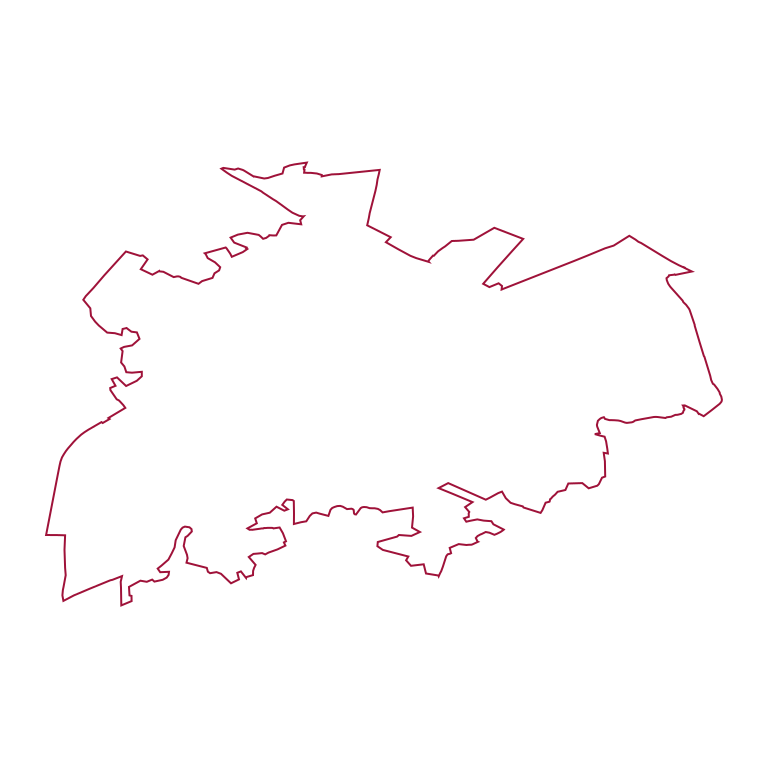 the district of Lazdonas pag., Madona, Latvia
{"feature_id": "27541924B23480282117113", "entity_name": "Lazdonas pag.", "entity_type": "district", "adm_level": 2, "iso_a3": "LVA", "parent_name": "Latvia", "parent_adm1": "Madona", "projection": "equal_earth", "projection_center": [26.196, 56.824], "detail": "fine", "context": "isolated", "style": "outline", "palette": "rose", "viewbox_px": 768, "rotation_deg": 0, "n_neighbors": 0, "source": "geoboundaries", "source_scale": "gbopen_adm2", "svg_char_len": 6096}
<svg xmlns="http://www.w3.org/2000/svg" viewBox="0 0 768 768"><path d="M691.9,271.5L684.7,268.0L684.8,267.7L683.6,267.1L683.4,267.3L678.8,265.2L671.0,261.1L662.4,256.0L641.1,243.0L638.4,241.8L635.5,239.6L629.3,235.8L613.7,245.6L605.1,248.3L587.2,255.7L574.3,260.9L501.6,289.5L502.0,286.0L498.6,283.3L489.4,287.1L483.2,283.8L497.6,267.3L512.1,251.1L523.2,238.9L494.3,227.8L473.7,239.7L458.3,240.8L451.8,241.0L445.1,246.4L442.5,248.1L438.1,251.3L433.8,255.8L433.0,255.6L429.8,259.2L428.2,261.2L428.8,261.9L416.2,258.1L410.4,255.8L398.2,249.2L385.9,242.2L390.7,237.2L367.2,225.3L368.8,218.2L369.7,213.1L375.4,191.0L376.7,184.9L377.5,179.4L378.8,174.2L379.7,169.9L338.9,174.1L331.7,174.4L321.7,176.4L321.8,175.0L316.9,173.5L311.2,172.9L307.6,172.9L306.8,172.8L304.1,172.7L304.5,169.8L303.9,169.5L303.7,167.2L304.9,167.2L305.4,165.7L306.8,162.6L294.5,164.4L289.8,165.4L284.1,167.6L282.5,173.5L274.8,175.7L267.9,178.0L264.2,178.5L254.1,176.4L253.8,176.6L244.1,170.6L242.7,169.9L238.1,168.5L234.7,169.6L223.3,167.9L221.4,168.7L226.8,172.6L231.7,175.8L261.3,191.3L263.2,192.8L272.8,199.1L276.0,201.0L288.0,209.7L292.4,212.7L299.2,215.8L303.0,216.4L303.7,216.3L300.2,220.2L301.2,224.3L288.4,222.8L282.0,224.9L276.3,235.4L273.4,235.5L269.4,235.2L269.3,235.6L266.2,237.9L263.1,238.8L260.6,236.4L258.7,234.9L247.5,232.8L237.9,234.6L230.6,237.6L234.2,242.6L246.6,247.5L246.1,248.2L247.3,249.0L242.8,252.1L231.8,256.8L230.2,253.6L226.6,248.4L225.7,247.5L204.8,253.3L205.7,254.1L207.7,258.1L215.0,262.3L220.2,267.2L219.1,270.4L214.5,273.3L212.5,277.9L202.1,281.1L198.5,283.8L181.3,277.8L180.4,276.9L178.6,276.4L177.0,276.4L173.7,277.1L163.4,271.8L159.0,271.3L159.0,271.1L152.4,274.7L140.8,269.2L147.6,259.4L142.8,255.4L140.1,255.9L125.9,251.5L104.3,275.3L93.4,288.0L85.8,296.1L83.3,299.8L90.3,308.3L91.0,316.0L95.1,321.6L98.8,325.5L107.2,332.6L114.9,333.2L121.6,335.1L122.6,329.0L126.5,328.0L131.4,331.7L136.9,332.4L139.5,338.9L132.1,345.4L124.1,346.9L120.7,348.5L122.6,351.1L121.1,362.5L124.4,366.5L126.3,372.2L132.0,372.7L141.8,371.8L141.8,376.3L136.8,380.8L126.1,386.0L117.0,377.4L111.7,379.1L115.5,385.8L110.2,388.0L110.4,390.1L116.7,399.3L118.9,400.4L120.0,401.5L123.4,405.2L125.3,407.9L108.4,418.0L109.6,419.0L102.7,423.0L101.5,422.1L88.4,429.7L84.5,432.2L81.1,434.7L76.5,438.9L73.7,441.8L67.9,448.5L65.9,451.1L63.8,454.3L62.0,457.4L60.5,461.5L59.5,465.9L57.4,476.6L46.1,535.0L58.0,535.1L65.1,535.3L64.5,549.8L65.1,567.8L65.7,575.2L63.5,587.1L62.9,589.9L62.4,595.3L63.4,600.9L73.9,595.4L90.0,588.6L110.3,580.3L112.5,579.8L122.0,576.1L120.7,581.8L121.0,587.7L121.3,605.4L131.6,601.1L131.5,595.9L129.5,595.4L129.0,586.9L140.4,580.7L146.8,581.8L152.2,579.6L154.4,581.6L162.7,579.8L166.7,577.6L168.6,574.9L169.0,571.8L160.2,572.2L157.7,568.6L161.5,565.6L168.4,559.6L171.7,553.4L174.6,547.4L175.7,540.2L180.8,529.6L182.6,527.6L184.9,526.6L189.5,527.3L191.5,529.1L191.8,531.5L187.6,535.9L185.4,537.3L183.7,546.0L187.0,554.8L187.6,558.2L186.5,562.7L206.8,567.9L207.9,571.7L210.1,573.2L216.5,572.1L221.0,573.8L231.0,583.3L239.0,579.4L237.3,572.8L240.9,571.4L246.1,578.0L246.3,577.1L253.0,575.1L253.1,570.9L254.1,567.9L255.6,564.9L248.8,557.0L253.4,553.9L257.2,553.6L262.1,553.1L265.2,554.4L268.5,552.6L277.5,549.4L285.4,545.6L283.9,542.4L286.0,541.3L282.9,533.2L279.6,527.5L273.4,528.4L273.1,528.1L272.2,527.9L267.3,527.9L264.9,528.1L264.7,528.0L263.8,528.1L263.4,528.4L261.2,528.5L260.2,528.7L252.3,529.8L251.2,529.7L249.6,529.8L247.4,528.4L256.8,523.3L255.2,518.4L262.1,514.4L269.8,512.7L276.5,506.7L284.3,510.7L287.9,509.3L282.3,504.9L284.7,501.6L286.8,499.5L292.6,500.1L293.8,501.0L294.0,513.9L293.9,524.0L301.1,522.2L306.3,521.3L309.8,515.9L312.4,513.4L316.2,512.6L319.5,513.6L328.4,515.9L330.5,509.8L332.2,508.0L334.4,507.0L337.2,506.1L340.2,505.9L342.8,506.7L347.0,509.1L351.5,508.7L352.7,509.1L353.7,510.0L354.0,513.2L354.6,514.2L356.0,514.5L360.7,508.1L362.1,507.3L364.0,507.0L366.7,507.2L369.7,508.2L374.8,508.3L377.9,508.9L380.1,510.1L382.6,512.4L389.2,511.2L412.7,507.6L413.1,516.4L412.0,527.6L419.9,532.0L411.4,535.9L398.9,535.0L397.1,536.6L377.8,542.0L377.4,546.2L382.8,549.9L408.3,556.5L406.1,560.3L411.0,565.8L423.7,564.3L426.0,573.5L438.4,575.5L438.7,576.3L440.1,573.2L441.2,571.2L442.9,566.6L446.1,556.6L446.5,555.8L447.7,554.3L450.1,553.7L451.1,553.2L449.7,547.9L458.7,544.1L466.5,545.0L468.3,544.8L471.4,544.7L472.4,544.4L478.0,541.8L477.6,541.6L475.8,538.0L477.5,536.1L480.7,534.3L481.3,534.2L485.7,532.0L489.4,532.7L494.4,534.8L496.9,533.8L500.5,532.0L503.4,530.0L503.8,529.6L493.4,524.3L491.4,521.2L483.6,520.6L477.3,519.4L470.1,520.8L466.3,521.7L464.0,518.3L468.8,516.8L468.7,513.3L469.3,512.0L465.1,507.1L472.5,502.1L452.6,493.8L438.6,488.1L448.2,483.1L485.8,499.7L489.8,497.7L498.2,493.1L502.0,491.6L505.8,498.2L510.6,502.8L514.8,504.2L522.8,506.4L523.5,507.5L540.6,512.9L542.4,510.1L545.6,502.7L549.5,501.7L549.7,501.3L550.1,499.2L550.8,498.8L552.7,496.6L555.1,494.6L557.6,491.8L565.4,490.0L568.3,483.5L582.3,483.1L588.7,488.3L597.3,485.7L598.9,484.1L602.0,477.7L605.2,476.5L604.9,461.2L603.7,452.8L607.9,453.5L607.3,448.8L606.1,441.4L604.6,436.7L600.1,435.6L594.8,434.1L599.8,433.1L597.2,426.6L596.9,424.9L597.9,420.8L599.8,419.0L601.3,418.0L603.9,417.2L605.0,418.9L609.3,420.1L614.0,420.2L618.2,420.5L620.6,421.0L625.1,422.6L626.9,422.9L631.9,422.3L633.5,421.7L634.6,420.8L635.5,420.4L641.5,419.2L653.8,417.0L655.6,416.9L657.5,417.0L665.5,418.0L666.7,417.3L671.2,416.7L675.3,414.9L677.5,414.8L681.2,413.9L682.9,412.8L683.4,411.1L684.0,410.1L684.4,409.7L684.4,409.0L683.9,408.5L683.5,407.5L683.8,407.0L682.9,405.5L684.8,405.4L696.9,411.3L698.7,413.9L699.0,413.7L703.7,416.2L711.6,410.2L719.7,403.8L721.3,401.9L721.6,401.3L721.8,400.5L721.9,399.6L721.3,396.6L719.8,393.7L719.7,392.6L719.5,392.2L717.5,388.9L714.1,384.5L712.9,383.8L711.2,380.1L710.2,375.7L704.4,356.7L703.9,356.1L699.6,342.2L694.7,325.7L694.7,324.9L690.4,312.2L689.6,309.9L689.0,308.7L686.1,304.8L684.0,302.8L683.1,301.8L682.7,300.7L671.0,287.6L670.0,286.4L668.2,283.7L666.8,280.2L666.5,278.2L668.6,276.4L669.0,275.3L673.9,274.7L674.7,274.4L675.3,274.9L691.9,271.5Z" fill="none" stroke="#9f1239" stroke-width="2"/></svg>